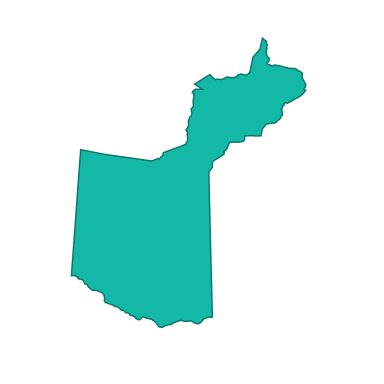 Kundiawa/Gembogl District, Chimbu, Papua New Guinea, rotated 164°
{"feature_id": "67681753B57459737703573", "entity_name": "Kundiawa/Gembogl District", "entity_type": "district", "adm_level": 2, "iso_a3": "PNG", "parent_name": "Papua New Guinea", "parent_adm1": "Chimbu", "projection": "mercator", "projection_center": [145.0, -5.921], "detail": "fine", "context": "isolated", "style": "filled", "palette": "teal", "viewbox_px": 384, "rotation_deg": 164, "n_neighbors": 0, "source": "geoboundaries", "source_scale": "gbopen_adm2", "svg_char_len": 3176}
<svg xmlns="http://www.w3.org/2000/svg" viewBox="0 0 384 384"><g transform="rotate(164 192 192)"><path d="M287.3,263.4L302.8,221.4L303.8,218.6L331.0,144.7L328.2,144.1L326.8,143.3L325.6,141.5L325.1,139.9L323.8,139.2L322.8,138.9L321.3,137.7L320.7,135.8L320.4,134.6L320.4,133.6L319.4,132.6L318.3,131.7L317.6,129.0L316.9,128.3L316.1,126.5L315.0,125.4L314.1,124.8L311.7,124.2L307.2,120.9L305.5,119.1L305.1,117.3L305.1,114.7L305.4,113.4L306.1,112.3L306.1,111.2L305.6,109.5L303.0,107.7L301.0,106.5L299.2,105.0L297.1,102.9L295.6,102.3L294.6,101.8L293.7,100.0L292.8,98.3L292.0,97.6L290.5,97.2L289.8,96.3L289.4,94.9L288.9,94.3L286.9,93.3L286.1,92.3L285.6,91.5L285.2,90.2L282.8,89.4L282.1,88.0L281.1,87.5L281.0,86.8L280.9,86.0L279.3,84.4L278.1,83.7L276.7,83.9L275.8,84.5L273.9,85.6L273.2,85.5L271.7,84.2L269.9,83.1L268.0,82.0L265.5,80.3L264.4,78.8L263.3,77.5L262.6,76.0L261.9,74.3L261.6,72.8L260.7,71.4L259.4,70.5L257.5,70.1L256.9,70.5L253.8,70.8L251.5,71.0L250.5,70.8L249.0,70.3L247.2,70.9L245.3,71.3L243.8,71.4L241.7,71.7L238.1,71.7L235.7,70.4L233.9,69.4L231.3,68.8L229.9,68.6L228.7,68.7L227.6,67.4L225.0,65.1L223.8,64.2L222.1,63.6L220.8,63.7L218.7,64.6L217.4,65.8L215.8,66.6L214.1,66.9L212.1,67.0L210.6,67.1L209.2,66.8L207.5,65.9L206.9,66.2L193.9,116.3L180.5,167.7L171.1,203.8L170.2,206.6L165.8,210.0L164.0,215.3L162.7,216.0L160.9,216.6L156.6,217.7L153.9,218.6L150.7,219.5L150.0,222.1L146.8,223.7L142.3,229.5L137.0,228.1L132.9,226.9L128.7,226.5L127.0,227.8L125.9,231.2L121.7,230.4L118.0,229.3L114.9,228.2L110.3,227.0L109.5,228.4L108.3,230.5L107.0,233.2L105.3,234.5L103.3,235.7L101.8,236.7L97.9,236.4L93.1,235.5L89.6,237.1L86.6,238.4L86.2,239.7L84.1,240.9L83.2,242.9L83.2,244.8L83.6,245.8L83.4,246.9L82.4,247.1L81.6,249.6L79.9,249.6L79.0,251.7L77.6,252.1L76.0,251.0L73.6,251.5L70.0,252.3L67.0,253.1L64.4,253.5L61.4,254.4L58.9,255.4L57.4,256.4L54.7,258.5L55.9,259.1L56.1,260.3L53.9,262.0L53.0,264.0L53.5,266.1L53.7,267.4L54.3,269.5L54.6,271.9L53.6,274.3L53.4,276.4L55.0,278.2L56.8,279.8L58.7,282.2L60.7,282.7L62.3,283.6L65.3,284.1L65.8,285.2L67.9,286.0L69.5,287.0L72.0,288.6L75.6,290.5L78.4,291.3L80.3,291.0L82.8,293.2L84.4,294.1L84.5,295.1L81.8,296.9L81.0,298.4L81.2,299.9L82.1,301.0L82.5,304.2L81.8,306.6L80.6,308.9L80.2,311.1L79.1,312.6L79.5,314.4L79.0,315.7L78.8,316.0L81.9,320.4L87.3,310.6L96.1,304.9L103.4,291.1L105.3,290.3L106.4,289.4L108.7,289.9L112.4,291.9L115.3,291.8L118.3,290.4L122.1,290.8L125.8,292.6L127.8,292.9L130.2,292.1L133.8,292.2L136.0,293.5L138.3,293.4L140.5,296.0L141.9,299.4L143.1,299.8L159.8,295.0L153.7,287.9L160.4,289.8L161.1,289.6L162.9,288.9L164.3,287.6L163.0,285.7L163.3,285.3L163.4,284.9L163.6,284.5L163.8,284.0L163.9,283.6L164.0,283.1L164.1,282.8L164.3,282.5L164.3,282.3L165.7,279.5L166.5,276.4L166.9,274.5L168.4,272.7L170.0,272.2L170.0,270.8L170.2,269.3L170.4,267.5L171.7,265.4L173.4,264.8L174.3,263.4L176.2,260.7L176.5,258.3L177.2,256.4L179.1,254.7L180.5,253.5L180.6,252.5L179.7,251.2L180.6,249.1L181.0,247.4L181.3,245.4L181.8,243.4L183.1,241.4L184.6,240.4L184.6,239.5L208.6,237.7L209.8,235.5L212.0,234.3L214.5,232.8L216.4,233.5L217.9,233.4L221.0,232.8L222.6,233.1L267.0,252.9L287.3,263.4Z" fill="#14b8a6" stroke="#0f766e" stroke-width="1.5"/></g></svg>